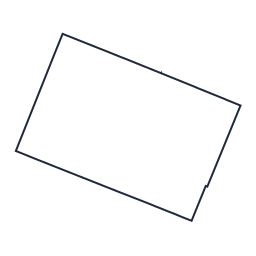 the district of Beaver, Oklahoma, United States of America, rotated 202°
{"feature_id": "52423323B54206730940034", "entity_name": "Beaver", "entity_type": "district", "adm_level": 2, "iso_a3": "USA", "parent_name": "United States of America", "parent_adm1": "Oklahoma", "projection": "albers", "projection_center": [-100.56, 36.751], "detail": "fine", "context": "isolated", "style": "outline", "palette": "slate", "viewbox_px": 256, "rotation_deg": 202, "n_neighbors": 0, "source": "geoboundaries", "source_scale": "gbopen_adm2", "svg_char_len": 858}
<svg xmlns="http://www.w3.org/2000/svg" viewBox="0 0 256 256"><g transform="rotate(202 128 128)"><path d="M223.4,64.7L222.8,64.7L206.0,64.7L200.7,64.7L186.3,64.8L185.4,64.9L185.1,64.8L183.5,64.8L113.3,65.3L113.1,65.3L105.4,65.4L97.6,65.5L96.9,65.5L88.5,65.6L76.6,65.7L72.2,65.6L70.4,65.7L62.3,65.7L60.6,65.7L52.3,65.8L45.1,65.7L42.6,65.7L34.3,65.8L34.2,103.4L32.5,103.4L32.1,191.0L35.7,191.0L39.3,191.0L46.2,191.0L51.1,191.1L52.9,191.1L58.3,191.1L61.9,191.1L62.6,191.1L70.9,191.1L78.5,191.1L81.6,191.2L91.9,191.2L93.8,191.2L105.1,191.2L106.9,191.2L108.0,191.2L114.4,191.2L117.5,191.2L117.6,191.3L117.6,191.2L119.3,191.2L135.6,191.2L137.1,191.2L139.6,191.2L141.2,191.2L148.3,191.2L153.7,191.2L157.2,191.2L159.3,191.1L161.9,191.1L162.0,191.1L188.1,191.0L206.5,190.9L223.9,190.8L223.9,167.3L223.4,64.7Z" fill="none" stroke="#1e293b" stroke-width="2"/></g></svg>